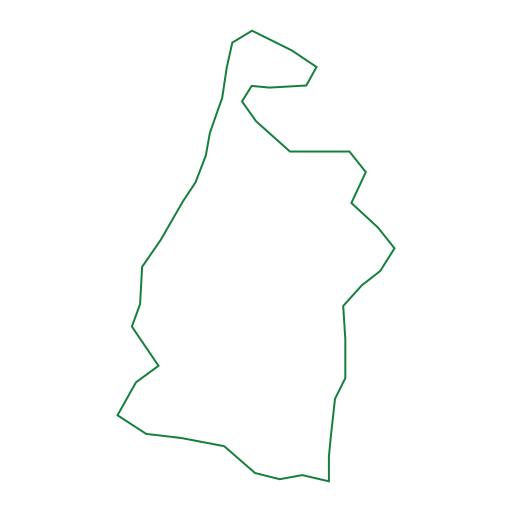 outline of Xyliatos, Nicosia, Cyprus
{"feature_id": "46923920B57039776858603", "entity_name": "Xyliatos", "entity_type": "district", "adm_level": 2, "iso_a3": "CYP", "parent_name": "Cyprus", "parent_adm1": "Nicosia", "projection": "albers", "projection_center": [33.036, 35.022], "detail": "fine", "context": "isolated", "style": "outline", "palette": "green", "viewbox_px": 512, "rotation_deg": 0, "n_neighbors": 0, "source": "geoboundaries", "source_scale": "gbopen_adm2", "svg_char_len": 726}
<svg xmlns="http://www.w3.org/2000/svg" viewBox="0 0 512 512"><path d="M131.9,326.6L158.5,365.8L136.0,382.3L117.5,415.3L146.2,433.9L181.1,438.0L224.2,446.2L255.0,473.0L279.6,479.2L302.2,475.1L328.9,481.3L328.9,456.5L330.9,435.9L335.0,398.8L345.3,378.2L345.3,339.0L343.2,306.0L361.7,285.4L380.2,271.0L394.5,248.3L378.1,227.7L351.4,203.0L365.8,172.1L349.4,151.5L326.8,151.5L289.9,151.5L256.0,121.2L255.3,120.2L242.0,101.4L251.7,85.9L259.9,86.7L261.2,86.8L269.4,87.6L306.3,85.5L316.5,67.0L291.9,50.5L252.0,30.7L232.3,42.6L228.0,61.9L228.0,62.0L226.8,67.1L222.2,97.9L217.9,110.0L209.9,132.9L205.8,155.6L195.5,182.4L183.2,200.9L160.6,240.1L142.1,266.9L140.1,304.0L131.9,326.6Z" fill="none" stroke="#15803d" stroke-width="2"/></svg>